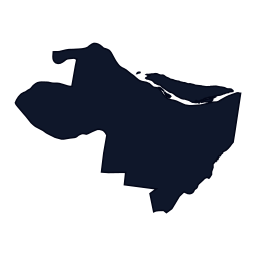 the district of Berón de Astrada, Corrientes, Argentina
{"feature_id": "61730980B95294752297782", "entity_name": "Berón de Astrada", "entity_type": "district", "adm_level": 2, "iso_a3": "ARG", "parent_name": "Argentina", "parent_adm1": "Corrientes", "projection": "albers", "projection_center": [-57.552, -27.488], "detail": "fine", "context": "isolated", "style": "filled", "palette": "ink", "viewbox_px": 256, "rotation_deg": 0, "n_neighbors": 0, "source": "geoboundaries", "source_scale": "gbopen_adm2", "svg_char_len": 5678}
<svg xmlns="http://www.w3.org/2000/svg" viewBox="0 0 256 256"><path d="M36.1,126.7L43.1,130.4L46.1,132.6L47.3,133.3L50.0,134.7L52.9,136.1L54.8,137.1L57.1,137.8L58.7,138.2L61.5,139.0L63.7,139.0L69.6,138.0L74.7,137.4L75.6,137.1L76.5,136.7L78.4,135.1L81.0,133.9L82.4,133.5L84.1,133.6L86.3,134.1L87.6,133.7L92.1,131.5L95.6,130.0L97.5,129.3L99.7,129.3L102.6,130.1L103.8,130.9L105.4,132.6L106.9,135.2L103.8,153.0L101.5,172.0L108.4,172.5L122.6,172.3L125.7,172.4L124.4,184.7L156.4,188.9L150.0,193.6L153.7,211.8L155.7,210.9L158.7,210.5L163.2,210.4L163.8,210.5L166.4,212.6L171.6,208.8L172.2,208.0L179.3,196.2L184.1,191.6L184.5,192.1L187.8,193.5L189.7,193.7L190.7,193.5L191.8,193.1L192.9,192.3L193.6,191.3L194.4,189.6L195.2,189.0L196.0,188.5L196.8,187.8L197.3,186.8L197.7,185.5L198.0,184.8L198.5,184.1L203.4,179.6L204.3,178.6L204.9,178.2L207.0,177.3L208.9,178.2L209.6,177.5L211.5,174.5L211.5,171.7L213.0,167.4L212.9,164.2L215.3,161.3L216.0,161.4L216.2,160.5L216.7,160.6L217.1,159.0L217.9,159.3L218.3,157.8L218.8,157.3L218.0,157.0L219.1,155.6L220.2,155.7L221.3,153.9L222.5,153.0L222.6,152.0L224.1,151.1L225.8,150.3L226.8,149.5L228.1,148.3L230.1,146.0L231.7,143.8L233.1,142.2L234.9,131.0L240.6,93.3L239.8,93.3L238.4,92.9L237.0,92.9L231.9,94.7L228.9,95.8L226.1,97.1L220.5,100.2L218.7,101.4L217.0,102.0L212.9,102.2L210.4,102.7L207.6,103.6L205.8,103.9L200.7,105.1L192.1,105.7L189.3,105.7L185.3,105.1L182.8,104.1L176.5,101.2L173.5,100.3L171.2,99.9L169.4,99.3L168.7,99.2L167.0,98.2L165.2,96.8L163.9,95.3L162.8,93.8L162.1,92.7L160.7,90.8L158.8,88.7L156.9,87.7L154.2,87.4L153.1,87.0L149.1,83.5L148.4,83.3L146.4,82.4L141.8,81.5L139.5,80.6L138.2,79.8L136.9,78.7L136.6,78.5L133.6,75.8L130.6,73.7L126.2,70.1L124.0,68.8L121.7,67.7L119.6,66.2L118.5,65.0L117.5,63.7L117.1,63.1L116.0,61.6L114.7,59.4L111.1,52.8L110.0,51.3L109.0,50.3L107.5,49.5L105.6,48.8L104.6,48.6L103.1,47.9L102.0,46.8L100.1,45.3L97.9,44.1L96.2,43.6L94.0,43.4L92.1,44.1L89.3,46.0L88.1,47.1L86.7,47.8L85.3,48.3L82.3,48.9L78.6,49.2L73.0,49.5L68.8,49.6L65.7,50.1L59.1,51.7L53.3,51.8L53.0,56.5L53.1,58.4L53.4,59.8L54.3,61.5L55.8,62.8L57.5,63.3L58.3,63.4L60.3,63.1L62.5,62.0L64.4,60.7L65.7,59.6L67.1,58.9L68.7,58.6L73.9,58.1L74.8,58.3L75.8,58.9L76.9,59.1L75.5,65.8L71.9,86.4L69.5,86.4L67.6,86.0L63.1,84.6L59.2,83.5L57.2,83.3L54.2,83.3L52.5,83.2L50.8,82.9L48.1,82.3L45.6,82.2L41.6,82.1L39.4,82.3L37.4,82.8L35.6,83.8L33.3,85.6L30.5,88.9L27.9,90.3L25.5,92.0L23.8,92.6L21.3,94.0L20.1,95.2L18.5,97.0L16.6,100.0L15.4,102.8L16.1,104.4L17.9,106.7L24.0,113.9L25.7,115.8L31.2,122.7L33.5,124.8L35.4,126.3L36.1,126.7ZM158.7,74.6L157.5,74.0L156.9,73.8L156.0,73.7L155.0,73.7L153.3,74.0L151.7,74.0L150.6,74.2L149.9,74.4L149.5,74.3L149.2,74.4L148.5,74.5L146.9,74.4L146.7,74.4L146.3,74.6L146.5,74.7L147.4,74.8L147.8,75.4L148.2,75.5L148.6,75.3L148.8,75.0L149.0,75.0L149.7,75.0L150.1,75.2L150.1,75.4L149.9,75.6L148.9,75.9L147.7,76.7L146.6,77.5L145.9,77.8L145.7,78.1L146.8,78.9L148.9,79.2L150.0,79.7L151.5,80.1L152.5,80.7L153.3,81.4L154.9,83.1L155.9,83.4L157.1,84.1L158.7,84.7L159.5,84.8L160.5,85.2L162.2,86.9L167.5,90.6L168.9,91.4L168.9,91.5L169.3,91.8L170.5,92.3L171.6,92.5L173.2,93.3L174.7,94.5L176.3,95.8L179.5,97.4L180.3,97.9L180.5,97.9L180.6,98.0L182.0,98.6L183.5,98.9L184.5,98.9L189.1,100.3L190.0,100.8L190.8,101.3L192.4,102.2L193.7,102.2L194.3,102.1L194.9,101.6L195.3,101.1L196.0,100.5L196.6,100.6L197.8,101.3L198.4,101.3L199.0,101.1L199.8,100.7L202.2,99.9L203.2,99.5L204.2,98.7L204.7,98.5L208.4,97.5L209.6,97.1L210.6,97.0L213.3,96.6L214.4,96.3L215.5,95.9L216.2,95.9L216.8,95.6L218.1,95.3L220.0,95.1L222.1,94.4L223.7,93.7L224.2,93.7L224.8,93.5L225.0,93.3L225.7,93.0L227.4,92.6L228.1,92.6L228.8,92.4L229.8,91.4L230.4,91.7L230.9,91.7L231.9,91.5L232.9,91.4L233.0,90.7L231.4,89.3L230.9,89.1L228.8,88.9L228.1,89.1L225.8,88.4L225.0,87.9L224.1,87.6L221.3,87.1L220.1,87.0L216.1,86.2L213.1,86.3L212.9,86.5L212.3,86.4L210.8,86.4L209.5,86.8L208.4,86.7L206.3,86.8L202.8,86.3L202.5,86.4L201.6,86.0L195.3,85.3L193.5,84.6L192.1,84.3L190.1,83.8L188.2,83.9L187.7,83.8L186.6,83.4L184.6,82.7L184.0,82.8L179.7,81.8L179.1,81.6L179.0,81.3L176.7,81.0L175.7,80.7L174.7,80.6L174.1,80.2L172.7,79.7L171.5,79.5L170.2,79.2L168.6,78.2L166.4,77.3L165.7,76.9L163.7,75.4L163.0,75.2L162.3,75.1L162.0,75.2L161.6,75.2L160.2,75.1L158.7,74.6ZM212.7,99.2L212.3,98.8L211.2,98.9L210.2,98.8L209.4,98.9L206.9,99.5L205.8,99.7L204.6,100.2L204.0,100.3L201.6,101.7L201.3,102.1L201.4,102.3L201.5,102.4L202.4,102.1L203.3,102.0L203.8,101.8L204.5,101.7L205.6,101.7L206.1,101.9L206.6,101.9L208.6,101.8L211.2,101.1L211.9,100.7L212.3,100.2L212.7,99.8L212.7,99.2ZM170.2,95.6L168.1,94.3L167.2,94.1L166.4,93.5L165.8,93.2L164.9,92.2L164.3,92.3L164.7,93.0L165.7,95.1L166.0,95.3L166.8,95.6L167.4,95.5L167.8,95.3L170.0,96.1L170.6,96.5L170.8,96.3L170.5,96.0L170.2,95.6ZM214.6,97.4L214.8,97.2L215.3,97.0L215.4,96.8L215.7,96.7L215.6,96.4L213.7,96.8L212.9,97.2L210.7,97.4L209.7,98.2L210.1,98.5L211.9,98.7L212.0,98.6L212.5,98.6L213.7,97.7L214.1,97.6L214.3,97.4L214.6,97.4ZM197.5,101.6L196.7,100.9L196.1,100.9L195.8,101.0L195.2,101.8L194.8,102.1L194.5,102.2L194.4,102.4L195.9,102.6L197.0,102.5L197.7,102.1L198.1,102.1L198.1,101.8L198.1,101.7L197.9,101.6L197.5,101.6ZM169.7,97.6L170.1,97.2L170.3,96.8L169.8,96.4L169.1,96.2L168.0,95.7L167.2,95.8L166.5,95.8L166.6,96.2L169.0,97.5L169.7,97.6ZM159.7,87.5L159.0,87.5L159.5,88.1L159.9,88.5L160.8,88.9L162.1,89.8L162.5,90.2L163.6,90.9L163.6,90.6L163.0,90.2L162.4,89.4L161.5,88.8L161.1,88.4L159.7,87.5ZM137.7,73.4L138.1,73.1L138.6,72.9L139.7,72.8L140.0,72.6L140.0,72.3L139.5,72.2L138.8,72.2L137.8,72.5L137.3,72.9L137.0,73.5L137.7,73.4ZM199.1,103.0L200.1,101.9L199.6,101.9L198.4,102.3L198.4,102.7L198.7,102.9L199.1,103.0Z" fill="#0f172a" stroke="#020617" stroke-width="1.5"/></svg>